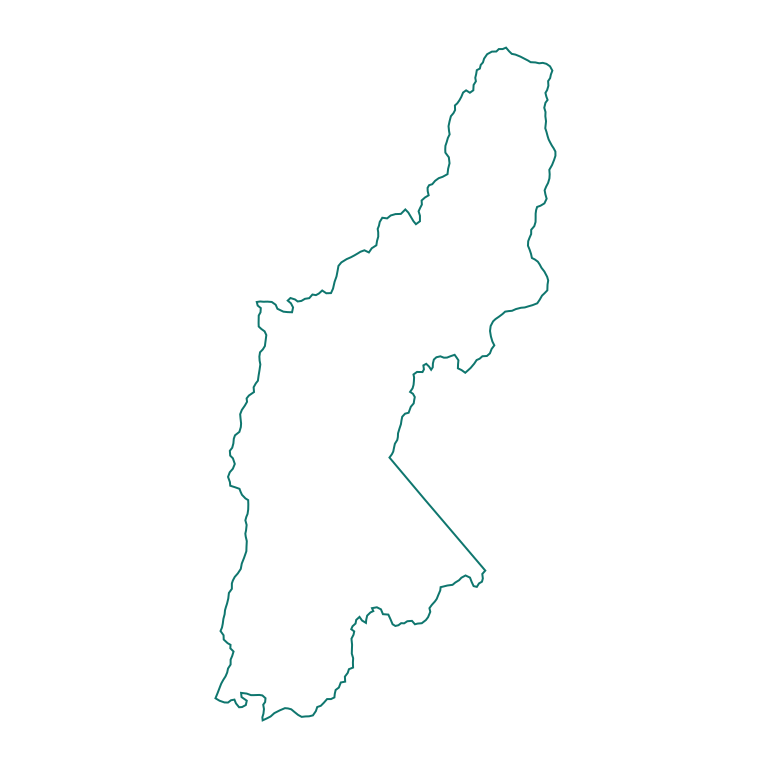 Ibicuí, Bahia, Brazil (Albers equal-area conic projection), rotated 178°
{"feature_id": "56859067B84380498054851", "entity_name": "Ibicuí", "entity_type": "district", "adm_level": 2, "iso_a3": "BRA", "parent_name": "Brazil", "parent_adm1": "Bahia", "projection": "albers", "projection_center": [-39.87, -14.661], "detail": "fine", "context": "isolated", "style": "outline", "palette": "teal", "viewbox_px": 768, "rotation_deg": 178, "n_neighbors": 0, "source": "geoboundaries", "source_scale": "gbopen_adm2", "svg_char_len": 5821}
<svg xmlns="http://www.w3.org/2000/svg" viewBox="0 0 768 768"><g transform="rotate(178 384 384)"><path d="M540.4,322.6L540.2,317.8L537.6,315.0L535.9,309.3L538.0,304.6L541.2,301.2L543.1,296.6L541.4,291.3L541.2,287.7L536.7,286.1L532.1,284.3L531.1,281.3L529.8,278.2L526.5,274.5L523.8,272.7L523.8,268.4L524.1,263.3L524.9,258.9L526.2,256.1L527.3,252.6L526.2,247.9L527.0,242.4L527.8,239.3L527.5,236.2L526.6,231.8L527.1,226.1L527.4,221.7L528.5,218.8L529.9,215.2L532.4,209.5L533.6,204.2L536.7,199.8L539.9,196.4L541.9,192.9L543.0,190.0L543.2,184.6L546.3,180.6L547.1,175.1L548.5,170.1L549.8,166.5L550.8,163.4L551.3,159.5L552.7,154.9L553.5,150.1L554.4,146.3L556.0,142.8L553.1,138.5L553.1,134.2L549.4,130.5L546.5,128.7L546.8,125.2L543.7,121.9L545.2,117.5L546.9,113.9L547.1,109.0L549.8,105.1L550.8,101.1L552.6,97.3L554.9,94.0L557.1,90.3L558.7,86.6L561.1,80.9L563.4,75.8L559.4,73.2L554.5,71.3L551.0,71.1L547.9,73.3L544.5,73.8L543.1,70.0L540.1,66.0L537.1,66.1L533.3,68.0L532.2,72.3L537.3,76.1L537.6,80.3L532.0,79.4L527.8,77.7L523.9,77.6L519.4,77.6L516.4,77.0L513.4,74.1L513.9,70.3L515.9,67.7L515.3,63.3L516.0,58.7L517.2,55.2L517.0,52.1L512.5,54.0L508.9,55.7L505.1,58.9L499.5,61.5L494.3,63.5L491.2,63.1L488.0,62.1L485.0,59.4L481.4,56.3L477.9,54.2L474.3,54.5L470.5,54.5L466.6,55.3L463.5,59.5L462.0,63.5L458.4,64.6L455.3,67.5L451.9,71.1L447.9,71.0L444.5,72.5L444.0,76.1L443.0,79.9L439.7,82.2L437.6,87.2L433.2,87.9L433.3,92.9L430.3,96.6L429.0,100.2L424.8,101.7L424.8,106.7L424.4,111.0L425.6,115.7L425.3,120.3L425.0,124.4L425.4,130.6L423.2,134.5L422.4,137.8L425.3,140.1L423.9,143.0L420.8,145.6L420.0,149.2L416.6,152.1L414.2,148.4L410.4,145.9L410.0,149.0L408.9,153.1L405.5,156.2L402.6,157.4L403.8,160.4L398.9,161.1L394.9,158.9L393.1,154.0L387.7,153.4L385.7,148.6L383.8,143.6L381.1,141.8L378.0,142.4L375.2,144.4L372.2,144.1L369.0,146.1L364.3,146.3L361.5,142.8L358.7,143.4L354.6,143.6L350.4,146.6L348.1,149.4L345.7,154.7L346.4,158.4L343.9,161.6L340.7,164.9L338.8,167.4L337.1,171.2L335.0,175.7L334.5,179.0L331.4,179.6L327.7,180.4L322.5,180.9L319.7,183.1L315.8,185.3L313.4,187.7L309.2,189.8L304.8,187.5L303.3,183.1L301.5,178.9L298.3,178.0L296.0,181.4L293.0,183.0L292.0,186.2L292.4,190.7L289.3,194.0L337.4,254.7L346.8,266.5L381.1,310.3L378.5,313.6L377.1,316.2L376.2,320.0L375.2,323.9L372.7,327.6L372.0,330.5L371.7,334.2L370.0,339.2L368.5,343.2L367.8,347.0L366.9,350.7L364.0,353.6L360.4,354.4L358.0,360.3L355.0,363.6L354.4,366.8L353.7,369.9L355.4,373.2L358.2,375.2L355.6,378.7L354.5,382.1L354.0,385.9L353.7,389.6L354.2,392.5L350.6,394.9L345.1,394.6L343.6,397.2L344.0,401.2L341.1,402.7L338.4,399.9L336.4,396.6L334.7,399.0L334.4,402.9L333.3,406.7L330.7,408.9L326.7,409.7L323.2,408.2L320.1,408.2L316.4,409.5L312.4,410.7L310.4,407.7L308.8,405.1L309.3,401.2L309.6,397.1L306.0,395.2L302.4,392.4L299.6,394.7L296.8,397.1L293.1,401.2L290.6,404.7L287.6,405.9L284.7,408.3L280.2,408.4L277.1,410.9L275.2,415.3L272.4,418.8L274.2,422.7L275.5,427.8L276.2,433.3L275.4,438.2L272.8,442.8L270.3,445.0L266.7,447.3L263.1,449.8L260.4,452.1L256.9,452.5L253.5,452.7L249.5,454.3L244.5,455.4L240.6,455.6L236.9,456.6L232.9,457.6L228.0,459.3L225.4,462.9L223.0,466.8L220.4,469.1L217.5,471.9L217.1,477.6L216.3,481.7L217.2,485.4L219.8,490.8L222.6,494.7L224.2,498.0L226.0,500.9L228.9,503.2L231.8,504.8L232.5,508.8L233.8,513.2L235.3,517.2L234.9,521.7L233.4,525.2L231.7,528.7L231.5,533.0L228.3,536.5L226.9,540.6L226.7,544.0L226.5,549.0L225.9,552.5L224.8,555.6L221.4,556.7L217.4,558.9L215.0,563.5L216.1,568.0L216.7,572.0L215.0,575.7L213.0,579.2L211.5,583.7L211.1,587.8L211.3,592.3L208.4,597.0L206.2,602.0L204.7,606.1L204.6,610.3L206.2,613.6L207.9,616.4L209.4,619.4L210.9,622.6L211.8,625.8L212.8,630.2L213.9,634.0L213.4,637.4L212.9,640.9L213.4,646.0L213.1,650.2L214.2,654.5L212.8,659.5L210.6,662.2L211.7,665.5L212.5,669.3L210.7,672.1L209.3,676.3L209.4,681.0L207.3,683.9L206.4,687.5L204.8,691.3L207.0,695.7L210.5,698.3L214.1,699.4L217.7,699.1L221.5,700.1L226.2,700.5L228.9,702.3L231.6,703.8L236.2,706.4L241.1,708.6L244.8,709.5L247.4,712.2L250.3,715.9L253.7,714.6L257.6,714.7L260.1,712.4L264.6,712.4L269.4,710.0L272.6,705.7L273.9,701.9L276.2,699.5L277.2,695.9L280.3,694.4L281.1,690.4L282.1,686.8L281.6,683.3L284.0,679.8L284.5,674.4L288.0,672.1L291.7,674.6L294.8,672.5L296.7,668.3L298.8,664.8L301.0,661.9L303.4,659.9L303.4,655.3L305.1,652.3L307.8,649.3L309.3,644.3L310.5,639.4L310.2,634.8L309.7,631.2L311.6,627.6L312.9,623.6L314.3,619.9L314.6,616.4L314.6,613.1L311.3,608.3L310.8,602.3L312.4,596.8L313.2,591.5L318.2,589.0L322.1,587.8L325.8,585.3L328.8,582.0L332.0,581.1L333.6,578.5L333.6,575.3L332.8,571.0L336.5,569.0L340.0,566.1L339.9,562.0L341.7,558.8L343.4,555.4L342.2,550.9L342.4,545.4L346.5,542.6L348.9,545.7L351.3,550.1L353.7,554.5L356.6,557.7L361.2,553.4L366.6,553.4L371.4,552.2L375.1,549.4L379.9,550.2L382.6,546.1L383.5,542.4L384.9,539.2L384.5,535.9L384.6,531.5L386.0,527.1L386.8,522.9L391.5,520.1L394.5,516.0L398.9,518.3L402.9,517.0L405.5,515.5L409.2,513.5L412.7,511.8L417.0,510.1L422.4,507.0L425.4,503.6L426.4,498.9L427.7,493.2L429.8,487.9L431.6,481.1L433.8,476.7L438.5,476.7L442.5,479.6L445.9,476.7L448.9,475.2L452.4,475.9L455.7,472.4L460.0,471.9L463.7,469.9L467.4,469.5L470.0,471.6L474.5,473.2L477.3,470.7L474.2,467.9L472.2,463.7L473.4,458.9L477.7,459.2L482.0,459.8L487.9,462.9L489.5,467.0L493.3,469.9L497.8,470.4L501.5,470.4L504.9,470.8L508.3,470.4L507.5,466.8L504.5,464.2L504.9,460.0L506.8,456.8L507.0,453.1L507.2,449.3L507.2,445.8L504.7,443.3L501.5,440.8L499.9,437.0L500.6,432.7L501.2,429.2L501.7,426.1L503.9,422.8L506.8,420.0L507.6,415.8L507.5,411.7L506.9,407.9L507.9,402.4L509.1,396.4L509.9,391.7L512.1,389.1L514.4,385.3L514.2,380.5L519.4,377.2L521.8,374.4L521.5,371.0L523.8,367.3L527.0,363.0L528.8,358.8L528.6,354.9L528.2,349.5L528.6,345.9L530.2,341.2L534.7,337.9L536.0,334.6L536.6,329.9L537.9,325.6L540.4,322.6Z" fill="none" stroke="#0f766e" stroke-width="2"/></g></svg>